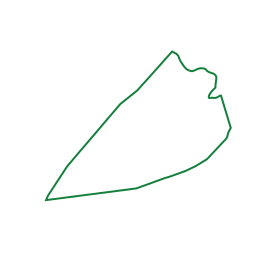 outline of Mangochi, rotated 253°
{"feature_id": "MWI-1910", "entity_name": "Mangochi", "entity_type": "District", "adm_level": 1, "iso_a3": "MWI", "parent_name": "Malawi", "parent_adm1": "", "projection": "equal_earth", "projection_center": [35.307, -14.139], "detail": "fine", "context": "isolated", "style": "outline", "palette": "green", "viewbox_px": 256, "rotation_deg": 253, "n_neighbors": 0, "source": "natural_earth", "source_scale": "10m", "svg_char_len": 960}
<svg xmlns="http://www.w3.org/2000/svg" viewBox="0 0 256 256"><g transform="rotate(253 128 128)"><path d="M83.0,28.6L86.6,31.6L98.7,46.1L109.1,58.6L119.5,74.8L132.2,94.8L143.1,111.8L153.2,127.7L161.2,147.8L171.4,164.8L183.9,185.4L188.2,192.5L184.8,196.0L182.2,197.2L178.7,197.4L175.8,197.9L169.9,199.8L167.3,201.1L165.7,202.5L163.9,205.1L163.6,205.9L163.5,206.9L164.1,212.3L164.0,214.5L163.4,216.6L162.2,218.8L161.0,219.7L159.7,220.2L158.0,221.5L154.8,225.8L153.1,227.0L151.3,227.4L149.6,227.0L143.5,224.2L142.2,223.9L141.3,223.4L140.6,222.6L139.3,219.9L138.0,218.0L136.0,215.6L135.3,215.0L134.7,214.6L134.1,214.4L133.3,214.2L133.0,214.5L132.7,215.1L132.5,216.7L132.3,217.5L131.7,218.7L131.3,220.2L131.2,221.1L131.2,221.9L131.4,222.8L131.9,224.8L132.0,225.1L131.8,226.4L99.2,226.3L98.1,226.3L94.1,222.4L90.5,220.3L88.9,218.5L75.1,194.4L71.8,181.6L70.1,170.4L69.3,154.2L69.3,147.5L67.8,118.3L83.0,28.6Z" fill="none" stroke="#15803d" stroke-width="2"/></g></svg>